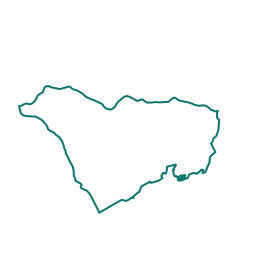 outline of Al-Haffa, Lattakia, Syria, rotated 61°
{"feature_id": "27442178B95231031847739", "entity_name": "Al-Haffa", "entity_type": "district", "adm_level": 2, "iso_a3": "SYR", "parent_name": "Syria", "parent_adm1": "Lattakia", "projection": "equal_earth", "projection_center": [36.135, 35.638], "detail": "fine", "context": "isolated", "style": "outline", "palette": "teal", "viewbox_px": 256, "rotation_deg": 61, "n_neighbors": 0, "source": "geoboundaries", "source_scale": "gbopen_adm2", "svg_char_len": 4357}
<svg xmlns="http://www.w3.org/2000/svg" viewBox="0 0 256 256"><g transform="rotate(61 128 128)"><path d="M191.4,63.3L189.7,63.2L189.0,63.1L188.8,63.1L188.5,63.2L187.9,63.3L186.8,63.2L181.9,62.9L181.1,61.0L178.6,58.2L178.5,57.9L177.8,54.7L174.2,50.5L173.8,50.2L173.5,49.9L171.7,48.7L168.1,46.3L165.3,44.4L162.7,44.9L161.9,45.0L157.4,42.4L157.1,41.9L156.8,41.4L156.4,42.2L155.7,43.7L153.9,45.1L152.6,46.5L151.1,47.0L150.8,47.1L149.2,47.6L146.8,48.7L146.7,48.8L145.2,50.4L144.2,52.0L143.7,53.4L143.2,54.8L142.1,56.1L141.2,57.3L139.6,58.9L139.1,59.2L138.3,59.7L136.5,61.3L135.1,62.6L134.0,63.7L132.8,65.3L132.1,66.2L129.9,68.6L128.9,69.8L127.2,70.8L125.4,71.6L124.1,72.4L124.0,72.7L123.7,73.4L123.7,75.4L124.1,77.5L124.2,78.0L124.7,79.4L124.4,80.4L124.0,81.8L122.8,83.9L122.6,84.3L121.8,86.1L121.4,87.0L120.4,88.7L118.9,91.1L118.3,92.1L118.0,93.0L117.3,94.9L116.0,97.1L115.3,98.5L115.2,98.7L114.4,99.5L112.3,100.6L110.3,101.3L110.2,101.4L109.8,101.9L109.4,103.5L109.3,104.0L109.1,105.9L108.2,107.3L106.9,108.0L106.3,108.3L105.5,108.8L103.6,110.1L102.3,111.0L101.1,111.8L100.7,112.3L99.4,113.6L99.0,115.2L99.0,117.6L99.4,119.5L99.8,121.2L100.0,123.0L100.5,124.6L101.8,127.0L103.1,129.5L103.6,131.9L103.4,134.5L101.5,136.6L99.7,138.2L98.4,138.4L96.3,138.8L94.4,139.0L91.6,141.1L88.8,143.2L87.9,143.8L86.7,144.6L85.0,146.4L82.1,148.4L80.4,149.5L78.1,150.5L75.5,151.3L73.2,152.7L71.5,153.7L70.2,154.6L68.6,156.2L67.5,157.4L65.6,158.2L64.4,158.4L63.5,159.2L62.9,160.0L62.5,162.2L61.5,166.4L60.7,169.0L58.9,171.1L56.6,173.9L54.7,175.9L53.2,176.7L52.8,177.5L52.4,178.3L51.8,179.3L52.3,181.5L54.3,184.0L54.8,184.4L55.4,184.8L55.4,186.8L55.5,189.4L55.9,191.2L58.1,194.3L59.3,196.5L60.0,199.5L60.0,201.5L58.8,203.3L57.5,204.7L56.8,206.7L56.9,209.6L56.2,212.8L63.1,214.6L66.1,213.5L67.9,211.6L68.9,210.2L70.8,207.2L72.0,205.4L73.0,203.6L74.5,202.4L78.1,200.1L81.7,198.7L82.9,198.7L83.8,198.3L85.1,198.1L87.7,198.0L90.3,198.5L91.8,197.9L94.3,196.3L96.2,195.1L99.3,194.2L102.7,192.6L104.9,192.4L106.6,192.2L108.5,192.2L110.6,192.5L112.7,192.9L114.5,193.5L117.6,193.7L118.7,194.1L119.8,194.6L120.7,194.8L123.4,194.7L125.3,194.6L125.8,195.0L130.9,195.1L135.2,195.1L136.0,195.3L138.1,196.1L139.4,196.3L141.8,197.8L144.1,198.6L145.4,198.6L146.9,198.8L148.9,199.4L151.2,198.0L152.9,196.8L154.4,196.1L155.5,196.4L156.5,197.9L157.8,197.9L159.2,197.3L160.5,196.1L161.3,195.5L162.0,195.0L163.5,194.2L165.8,193.6L169.2,193.4L173.7,193.5L178.4,193.7L188.2,194.1L188.1,192.3L188.1,190.4L188.0,185.6L187.9,181.9L187.9,180.7L187.9,179.6L187.8,177.3L187.8,176.0L187.8,168.3L190.9,165.0L191.1,161.7L190.7,159.2L191.3,158.2L191.6,157.0L191.0,156.9L190.5,156.9L189.4,151.1L189.3,149.1L185.6,144.6L185.6,138.9L185.6,134.8L186.9,134.7L187.7,132.3L189.0,126.2L188.6,122.9L188.5,122.2L186.2,122.1L185.9,121.8L185.8,121.6L185.4,120.8L184.5,119.8L184.5,118.4L185.2,118.1L185.8,117.6L186.0,116.7L183.4,114.3L183.1,114.1L182.2,113.4L181.4,112.9L180.9,112.6L181.0,111.7L183.2,103.6L183.2,103.4L183.3,103.6L184.8,105.8L184.6,106.3L184.9,106.6L185.0,106.7L185.1,106.8L185.3,106.9L185.4,107.0L185.8,107.9L186.2,108.0L186.2,107.9L186.4,107.9L186.4,108.0L186.8,108.1L187.0,108.2L187.0,108.4L187.0,108.6L186.9,108.9L187.0,109.2L187.0,109.3L188.3,109.7L190.0,110.2L190.2,110.3L190.4,110.4L190.8,110.5L191.4,110.5L193.0,110.5L193.5,109.2L194.6,108.3L194.7,108.5L195.0,108.6L195.0,108.9L195.3,109.0L195.6,108.8L195.9,107.5L195.9,107.4L195.8,106.6L195.1,105.9L195.1,105.5L195.4,104.5L195.5,104.3L195.6,104.1L195.8,103.4L196.2,103.2L196.2,103.3L196.4,104.3L196.5,104.3L196.8,104.3L197.1,104.3L197.0,103.9L196.4,101.9L196.5,101.2L197.5,101.0L198.5,102.4L198.0,102.8L197.7,102.5L197.1,102.6L197.0,102.9L197.4,103.6L197.6,104.3L197.8,104.9L197.7,105.2L198.4,105.3L198.9,104.8L199.1,104.9L199.3,105.6L198.9,105.7L199.0,106.1L199.1,106.5L198.9,106.6L198.8,106.4L198.6,106.3L198.6,106.2L198.4,106.3L198.3,106.8L197.7,107.2L197.6,107.8L197.5,108.3L197.2,108.9L197.7,109.6L198.7,108.9L200.0,106.5L199.9,104.8L200.6,99.8L199.5,98.4L198.3,97.0L198.7,94.9L199.1,92.3L199.7,91.6L200.0,91.3L200.3,90.8L200.6,90.8L201.2,90.4L201.4,89.7L201.1,88.5L201.2,87.6L200.9,87.1L200.9,86.6L200.1,84.1L200.8,83.1L201.0,82.8L201.4,82.6L201.6,82.5L203.2,84.5L204.2,82.9L204.0,81.4L203.5,80.9L203.1,80.3L199.9,76.8L199.9,76.2L198.5,74.7L197.4,73.3L193.6,70.8L192.6,69.1L191.4,63.3Z" fill="none" stroke="#0f766e" stroke-width="2"/></g></svg>